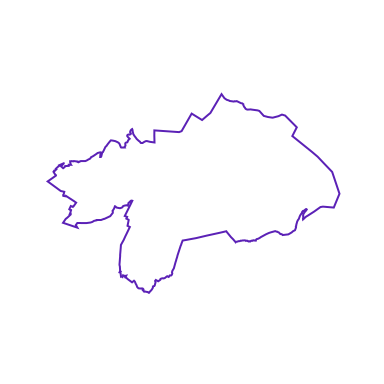 the district of Apaxco, México, Mexico, rotated 27°
{"feature_id": "50627088B64276875266492", "entity_name": "Apaxco", "entity_type": "district", "adm_level": 2, "iso_a3": "MEX", "parent_name": "Mexico", "parent_adm1": "México", "projection": "albers", "projection_center": [-99.154, 19.981], "detail": "fine", "context": "isolated", "style": "outline", "palette": "violet", "viewbox_px": 384, "rotation_deg": 27, "n_neighbors": 0, "source": "geoboundaries", "source_scale": "gbopen_adm2", "svg_char_len": 5862}
<svg xmlns="http://www.w3.org/2000/svg" viewBox="0 0 384 384"><g transform="rotate(27 192 192)"><path d="M58.6,248.1L74.6,250.7L78.1,249.8L79.0,253.4L78.8,253.5L79.1,253.9L81.7,253.1L81.6,252.7L90.9,253.7L93.6,254.1L93.0,258.2L92.8,258.3L92.8,258.7L92.5,258.9L92.5,259.4L90.4,259.5L90.5,263.1L92.2,263.3L92.5,263.1L92.6,263.3L92.5,264.0L92.7,264.3L93.0,265.2L93.0,266.3L93.1,266.6L93.1,267.0L93.8,266.7L94.0,266.7L94.1,267.2L92.5,271.6L91.7,273.3L91.1,278.0L106.0,275.8L103.5,274.2L103.9,271.7L105.7,270.8L112.2,267.5L115.4,265.3L116.8,263.9L117.8,262.2L119.8,260.6L119.7,260.3L123.7,258.2L125.8,255.9L126.1,255.8L128.6,252.6L129.9,250.9L130.1,250.7L130.9,246.5L130.1,245.0L129.8,244.9L130.1,242.2L129.8,239.7L130.2,239.6L131.8,240.1L133.4,239.7L135.0,239.2L135.5,238.9L136.5,237.8L136.9,237.2L137.0,235.9L138.0,234.8L139.7,233.5L140.3,233.5L140.9,233.3L140.6,231.1L140.4,230.8L141.5,227.6L142.2,227.0L142.8,226.9L142.9,231.3L143.0,243.9L145.5,243.6L145.6,245.0L145.6,245.5L147.6,245.5L148.1,245.5L148.4,246.0L149.9,251.4L152.5,251.4L152.7,259.9L152.7,261.3L152.9,265.8L152.7,271.4L153.8,274.0L156.7,281.1L156.9,281.3L160.3,289.5L160.6,290.0L161.6,291.2L163.7,294.8L164.3,295.1L163.8,295.6L163.9,296.1L163.9,296.5L164.9,296.3L167.0,299.4L167.1,299.2L167.6,299.4L168.7,299.4L168.4,297.5L169.6,297.4L170.7,297.0L171.4,296.4L171.5,298.4L173.1,298.3L172.8,298.4L174.3,298.8L179.6,299.7L180.6,297.4L181.6,297.7L182.3,298.2L182.8,298.7L183.5,299.3L184.6,300.0L186.4,301.6L188.0,302.1L189.7,301.5L191.4,300.5L192.1,300.4L193.0,300.8L193.1,301.4L192.8,301.8L194.3,302.4L194.3,302.2L196.6,301.7L197.7,301.3L199.4,301.4L199.6,300.9L199.5,300.1L199.9,299.5L200.5,297.1L200.6,295.5L200.5,294.8L200.2,294.3L200.2,293.6L201.1,292.9L201.2,292.2L200.5,289.0L199.5,288.0L199.7,286.8L202.4,286.9L203.6,284.7L203.4,283.8L204.0,283.0L205.3,282.0L206.0,281.9L206.9,280.9L207.9,278.6L208.1,278.4L208.4,278.2L208.6,278.3L209.6,278.4L210.1,277.6L210.0,276.7L210.1,276.4L211.4,275.7L211.6,274.7L211.4,273.5L210.6,272.6L210.3,271.0L210.5,268.3L209.2,262.0L208.9,260.0L208.7,259.4L208.3,256.8L207.9,255.2L206.3,245.0L206.3,243.9L206.1,243.2L205.7,239.5L208.8,237.2L210.1,236.2L212.3,234.5L216.5,231.3L224.9,224.2L235.4,215.6L239.9,211.8L240.4,211.4L241.1,211.8L247.2,214.5L250.0,215.4L253.6,216.9L253.6,216.7L253.8,216.4L254.2,216.2L254.5,215.9L255.0,215.6L255.6,214.8L256.1,214.6L257.1,213.9L257.3,213.4L257.8,213.1L258.2,213.0L258.9,212.3L259.7,211.9L260.4,211.4L261.7,210.9L261.9,210.9L262.1,211.0L262.2,210.8L262.6,210.7L262.8,210.6L263.1,210.4L263.3,210.5L263.5,210.4L263.8,210.5L264.3,210.3L264.8,210.4L265.0,210.1L265.2,209.9L265.7,209.9L265.8,209.7L265.8,209.8L266.0,209.8L266.0,209.7L266.5,209.3L266.7,208.8L267.0,208.5L267.6,208.3L267.6,208.0L267.8,207.8L268.3,207.7L268.5,207.4L268.7,207.1L269.0,207.0L269.5,207.0L269.9,206.6L270.9,206.4L270.8,205.7L270.8,205.1L271.2,204.4L272.0,203.8L273.1,202.3L273.7,201.1L277.2,196.0L279.1,193.6L280.6,192.1L283.9,189.1L285.5,188.9L285.9,188.7L286.2,188.8L287.6,188.6L289.1,189.1L289.5,189.3L290.0,189.3L290.3,189.0L291.6,188.9L291.9,188.9L292.3,189.2L297.1,186.0L299.2,182.7L299.8,181.1L301.1,179.3L300.8,176.4L300.3,175.9L300.3,175.3L300.2,174.8L299.9,174.4L299.9,173.8L299.7,173.4L299.6,173.2L299.6,172.6L299.5,172.2L299.2,171.0L299.1,169.0L299.3,168.3L299.3,168.0L299.4,167.6L299.2,165.8L299.1,165.2L299.0,163.5L299.2,162.8L299.2,161.8L299.4,161.3L299.3,160.2L299.2,159.9L299.4,158.7L299.6,158.4L300.0,158.3L301.2,155.7L301.4,155.4L301.7,155.3L302.2,155.5L302.1,156.2L302.0,157.0L301.6,158.3L301.3,160.5L301.3,161.4L301.6,161.9L301.8,162.9L302.2,163.3L302.7,164.2L303.0,165.4L303.4,166.0L304.0,164.5L304.4,163.1L305.0,161.9L305.3,161.4L305.6,161.0L309.7,154.0L313.3,147.1L315.3,145.6L325.4,141.5L324.2,126.6L307.8,110.5L297.2,106.8L287.9,103.5L280.7,101.8L256.0,96.6L256.0,86.8L240.3,81.6L237.0,82.2L234.6,85.2L230.2,89.1L229.5,89.4L225.6,90.7L221.4,91.6L215.2,89.2L213.4,89.5L207.4,91.6L206.9,91.7L204.2,93.3L203.7,93.5L202.5,93.6L201.6,93.4L200.9,92.8L199.9,92.5L198.1,91.1L197.9,90.5L196.6,90.2L195.5,90.6L190.6,90.7L190.0,91.3L189.0,91.7L188.6,91.9L188.3,92.4L184.2,93.8L183.4,93.7L181.5,94.0L181.1,94.1L178.3,93.7L173.9,91.4L172.5,113.3L171.3,116.0L168.3,123.3L156.1,122.3L155.1,142.5L153.3,144.5L130.5,154.2L132.9,159.0L136.1,164.9L131.7,166.4L128.6,167.1L127.7,167.7L126.7,169.0L125.7,170.8L125.0,171.1L124.3,171.5L124.0,171.5L123.4,171.2L122.7,170.8L121.3,170.6L118.5,169.8L117.3,169.1L115.5,168.3L114.7,167.8L114.1,167.5L113.6,167.2L113.1,166.7L112.8,166.2L112.3,165.8L111.3,164.5L111.1,164.1L110.9,163.8L110.1,163.1L109.9,163.4L109.6,164.1L109.4,164.9L109.5,166.2L109.7,166.8L110.0,167.1L110.8,167.5L111.1,167.8L111.0,168.5L110.3,169.2L109.2,169.7L108.7,170.3L108.6,170.9L108.8,171.5L109.9,172.1L111.3,172.6L112.3,172.9L111.8,174.2L111.7,174.9L111.7,175.8L111.8,176.3L111.8,177.1L110.9,177.8L110.6,178.2L110.5,178.4L110.5,178.7L110.5,179.0L110.7,179.5L111.6,180.7L111.7,181.0L111.6,181.5L111.4,182.2L111.5,182.7L111.8,182.9L110.4,183.7L108.8,184.5L108.4,184.5L105.4,181.9L104.3,181.5L103.2,181.4L100.6,181.5L98.7,182.0L97.1,182.5L96.2,182.9L95.6,185.5L95.1,188.1L94.9,189.9L94.6,190.5L94.4,191.3L94.5,195.1L94.5,196.2L94.5,197.0L94.1,197.6L94.2,198.1L95.0,201.5L94.9,202.2L94.3,202.5L93.4,200.3L93.2,198.0L92.2,198.3L90.1,200.2L89.8,201.0L87.7,204.8L86.2,207.0L86.2,208.0L85.8,209.0L85.0,209.9L84.1,211.4L83.0,212.8L78.8,215.0L78.3,215.5L78.3,215.8L76.7,217.7L76.7,217.9L76.5,217.4L76.2,217.1L76.1,216.8L74.6,217.4L72.6,218.1L72.3,218.6L70.7,219.1L70.4,219.5L69.5,219.9L70.0,220.9L71.6,222.6L71.8,222.7L69.8,223.7L70.3,224.7L67.2,226.5L67.3,227.1L66.6,229.0L66.4,229.3L63.7,228.6L64.8,224.9L64.6,224.7L61.3,228.7L61.7,229.2L61.1,230.4L60.3,232.6L60.1,233.4L60.8,233.5L59.9,236.1L59.5,236.0L59.4,236.9L60.9,237.8L61.9,238.4L62.7,238.7L63.2,238.8L63.3,239.2L58.6,248.1Z" fill="none" stroke="#5b21b6" stroke-width="2"/></g></svg>